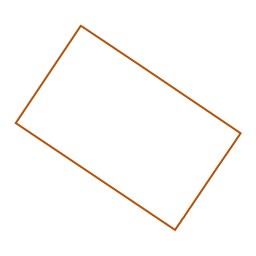 the district of Deaf Smith, Texas, United States of America, rotated 214°
{"feature_id": "52423323B38670867283875", "entity_name": "Deaf Smith", "entity_type": "district", "adm_level": 2, "iso_a3": "USA", "parent_name": "United States of America", "parent_adm1": "Texas", "projection": "albers", "projection_center": [-102.842, 34.965], "detail": "fine", "context": "isolated", "style": "outline", "palette": "amber", "viewbox_px": 256, "rotation_deg": 214, "n_neighbors": 0, "source": "geoboundaries", "source_scale": "gbopen_adm2", "svg_char_len": 370}
<svg xmlns="http://www.w3.org/2000/svg" viewBox="0 0 256 256"><g transform="rotate(214 128 128)"><path d="M224.3,186.2L223.8,69.3L32.0,69.8L32.0,70.1L32.0,71.0L32.0,76.2L31.9,80.1L32.0,80.6L32.0,82.5L31.8,85.4L31.9,89.4L31.9,131.2L31.9,145.8L31.8,159.1L31.7,174.6L31.7,186.6L145.8,186.7L222.6,186.4L224.3,186.2Z" fill="none" stroke="#b45309" stroke-width="2"/></g></svg>